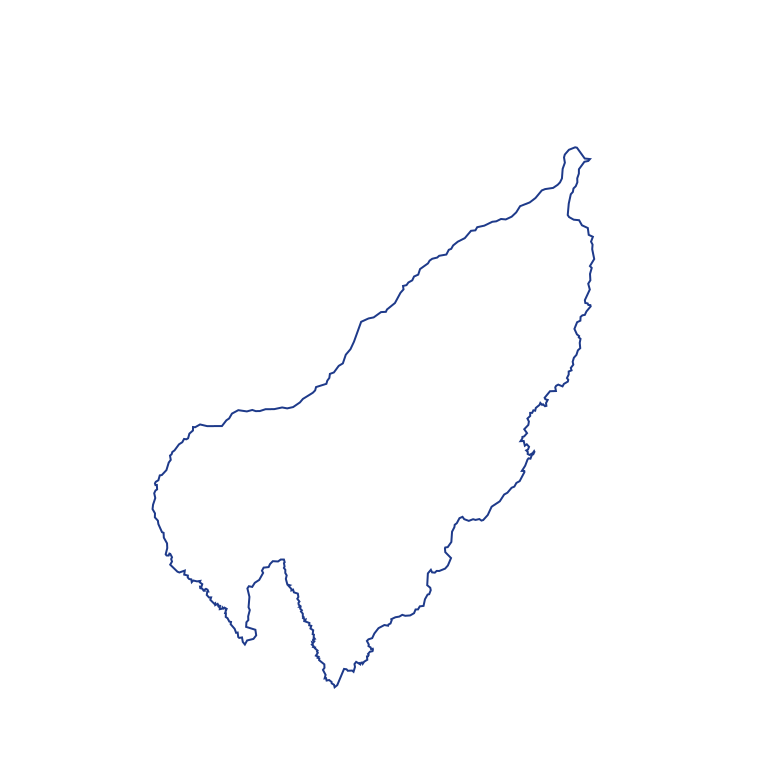 Amalfi, Antioquia, Colombia, rotated 25°
{"feature_id": "7082276B96310661388282", "entity_name": "Amalfi", "entity_type": "district", "adm_level": 2, "iso_a3": "COL", "parent_name": "Colombia", "parent_adm1": "Antioquia", "projection": "robinson", "projection_center": [-74.989, 7.02], "detail": "fine", "context": "isolated", "style": "outline", "palette": "blue", "viewbox_px": 768, "rotation_deg": 25, "n_neighbors": 0, "source": "geoboundaries", "source_scale": "gbopen_adm2", "svg_char_len": 6157}
<svg xmlns="http://www.w3.org/2000/svg" viewBox="0 0 768 768"><g transform="rotate(25 384 384)"><path d="M474.0,119.5L472.2,115.9L471.7,111.0L469.9,107.0L471.7,97.9L474.9,95.5L475.6,93.1L470.6,94.8L459.0,88.3L457.2,88.7L452.6,93.6L450.9,99.6L451.4,102.6L454.4,107.0L455.0,113.5L458.4,122.5L458.3,126.9L457.2,130.1L454.4,134.8L447.6,139.3L445.2,141.9L442.7,151.4L439.3,157.9L432.2,165.3L431.3,172.6L429.0,178.4L424.8,183.4L420.3,185.0L417.0,189.1L413.6,191.2L408.0,198.1L402.2,202.5L401.9,206.1L398.1,208.4L395.6,217.6L390.7,223.9L388.1,229.2L387.8,233.1L386.0,235.0L385.8,240.3L379.8,244.5L378.8,246.9L374.8,250.1L373.2,252.9L372.9,256.1L368.1,264.6L368.8,270.4L365.8,273.9L365.8,278.1L363.2,281.7L362.6,284.9L359.8,287.1L361.7,290.0L360.4,294.3L359.7,306.0L355.2,315.2L355.2,317.8L350.9,320.1L346.5,328.0L342.3,331.1L337.0,337.3L338.9,358.3L338.9,366.6L337.0,373.6L338.0,382.7L335.3,386.7L333.7,394.7L330.7,397.7L331.9,401.6L331.2,404.9L331.7,408.2L323.7,415.5L324.3,418.9L323.2,422.0L316.8,431.8L315.6,436.2L311.4,443.3L306.6,447.0L301.6,448.3L295.1,453.2L287.3,456.9L282.9,461.0L279.2,462.8L275.6,463.2L271.3,466.8L263.0,469.3L258.7,475.1L258.2,480.7L256.5,483.5L254.9,490.6L241.6,496.9L234.4,498.4L231.1,503.0L229.1,503.7L230.5,506.9L228.6,511.2L229.4,516.0L228.3,517.6L226.0,518.3L225.8,522.0L223.7,525.3L222.2,532.7L220.9,535.1L221.2,537.6L220.3,539.3L222.8,542.9L222.1,546.1L223.2,554.0L221.1,560.4L219.4,561.6L220.2,566.6L218.5,569.1L218.4,570.9L219.6,572.2L220.8,571.5L222.9,575.4L221.9,577.1L221.9,580.1L224.9,584.0L225.7,591.0L227.1,595.2L231.1,598.0L232.7,601.7L236.8,603.4L238.7,606.3L245.4,612.1L247.1,612.0L249.4,616.3L254.7,620.1L256.9,624.3L258.1,630.6L259.4,631.3L261.3,630.5L261.2,628.4L262.1,628.3L265.1,630.6L265.1,632.6L266.9,634.5L266.6,638.1L276.1,641.4L278.2,641.3L282.3,637.3L283.5,641.2L287.2,640.5L287.9,642.3L289.9,643.1L291.9,642.5L293.5,644.8L294.2,642.7L298.0,641.9L300.7,640.1L300.8,641.6L303.9,642.2L304.2,644.8L302.9,645.4L303.8,646.7L305.9,646.3L307.9,647.6L308.9,647.1L308.3,646.3L309.2,644.9L311.0,645.0L312.5,646.4L311.6,647.0L312.5,650.1L315.6,651.4L317.5,650.5L317.8,653.0L323.3,655.0L323.7,654.2L324.5,655.7L326.1,653.6L327.2,654.5L327.9,653.7L327.5,655.2L328.2,655.7L329.2,654.7L330.3,657.5L332.6,655.8L332.2,654.8L333.4,655.3L333.9,654.1L335.5,654.2L335.8,655.1L336.4,654.7L336.8,658.8L337.6,658.6L339.0,662.0L341.2,662.4L344.2,664.7L345.9,664.3L346.5,666.5L352.1,669.0L355.1,672.0L356.4,671.1L358.8,674.9L360.1,675.3L362.4,673.7L365.0,677.4L368.0,678.9L368.3,674.3L373.4,670.2L374.4,665.8L371.3,661.1L361.7,662.4L360.0,658.1L360.8,655.3L359.1,652.0L357.9,645.6L355.6,643.6L352.0,633.8L346.6,627.0L347.0,624.4L350.3,623.6L350.9,618.8L353.7,614.3L354.3,606.3L352.3,604.8L352.5,601.3L356.8,598.7L356.8,595.3L358.1,591.6L363.0,589.6L364.6,586.7L367.5,585.4L369.3,587.5L369.0,588.6L371.0,591.4L371.0,593.0L373.1,594.1L374.4,597.0L376.7,598.6L377.4,602.1L381.2,606.6L383.7,606.2L382.9,607.3L386.7,608.9L387.3,610.2L388.5,608.8L390.4,610.9L394.5,610.4L396.4,613.2L396.2,615.3L399.3,616.9L399.0,618.6L400.0,620.1L402.0,620.6L401.5,621.8L402.6,621.5L403.0,623.1L405.2,623.8L404.9,625.3L407.4,626.4L408.8,629.2L409.8,629.3L409.6,630.4L411.4,630.8L411.7,631.9L412.5,630.8L412.9,632.5L417.4,632.1L418.2,634.3L420.3,633.9L420.7,636.7L423.9,637.1L425.1,640.9L426.4,640.8L427.3,643.3L429.0,644.2L427.7,645.4L428.1,646.4L429.6,646.6L429.1,648.8L428.3,648.7L429.4,650.0L428.9,650.7L431.0,651.4L430.9,652.3L432.9,651.9L433.0,652.7L436.5,653.7L436.4,654.9L437.6,655.6L437.1,659.0L439.9,658.9L439.6,660.2L441.4,660.1L441.9,661.7L448.4,663.3L450.0,666.4L449.5,668.9L454.0,672.3L454.6,675.9L455.8,675.1L457.3,677.0L459.4,675.5L462.4,676.2L463.1,677.4L465.8,677.7L467.4,679.7L468.9,676.7L468.2,659.1L470.6,658.4L472.4,659.2L476.2,657.2L478.0,657.7L477.3,652.7L475.6,650.3L476.2,647.6L480.6,648.1L480.1,647.2L481.2,647.0L481.2,646.1L482.2,645.5L483.0,646.4L483.4,644.0L485.4,641.0L483.7,638.1L484.6,637.5L484.6,636.0L483.6,635.4L484.4,632.6L486.5,631.0L486.3,629.6L485.7,628.7L484.3,629.7L483.2,628.4L480.7,628.1L480.3,626.5L477.1,624.1L477.8,622.0L480.7,619.3L480.7,614.2L482.2,607.6L486.2,602.3L489.9,601.3L489.7,600.1L491.1,598.3L490.8,594.8L490.0,594.1L492.9,590.6L496.2,588.3L498.1,585.5L501.2,585.1L505.5,582.7L508.1,579.0L507.9,575.0L510.1,573.9L510.4,570.4L513.6,568.4L512.1,561.8L512.5,556.4L513.8,555.4L513.5,551.1L512.0,549.1L508.2,548.1L503.8,537.1L505.0,532.6L507.2,534.4L509.8,533.5L510.7,531.2L513.1,530.1L517.4,525.5L518.6,521.5L518.3,513.4L510.6,510.5L508.7,507.2L508.6,506.3L510.7,504.9L511.8,498.7L508.1,489.1L508.3,484.0L507.6,481.7L508.8,479.4L509.1,473.7L511.3,471.2L513.8,472.6L518.7,472.2L521.9,468.9L524.4,468.5L527.5,466.1L530.0,466.6L531.4,465.4L533.4,458.9L533.4,449.7L538.5,441.4L539.6,433.4L541.8,430.4L543.5,424.1L545.5,421.9L545.8,417.7L548.0,414.7L548.5,404.5L547.9,403.6L545.7,404.5L546.5,398.4L546.0,391.8L546.4,390.3L548.3,389.8L548.0,385.9L549.0,384.6L549.0,381.9L548.4,381.4L548.0,383.7L545.9,386.8L543.8,386.7L543.0,384.8L541.0,384.1L542.2,382.6L542.0,379.6L538.9,378.3L537.7,380.4L534.7,376.6L531.9,378.1L532.4,374.9L531.8,373.5L533.2,372.2L534.4,368.1L530.2,365.7L532.1,360.1L531.2,356.8L528.6,354.7L530.0,351.2L528.7,348.4L530.5,347.5L530.5,344.7L532.3,344.3L531.7,341.5L533.8,337.2L533.7,335.1L536.1,336.1L536.7,335.2L539.3,336.1L540.4,335.2L538.9,332.8L539.1,329.3L536.7,329.6L535.4,328.6L537.5,320.4L542.8,317.7L540.6,314.6L540.8,312.8L542.2,310.9L546.8,310.7L547.0,307.9L549.6,304.1L549.2,302.3L547.3,301.3L547.4,297.4L546.1,294.6L548.2,292.4L546.5,290.5L547.4,286.5L545.6,284.1L545.0,279.9L546.1,276.3L545.5,271.6L546.7,268.6L544.0,264.0L543.0,260.0L540.8,259.4L540.6,258.1L537.9,257.5L533.3,253.6L532.9,246.4L535.2,243.6L533.8,240.1L534.8,237.9L536.8,236.5L536.8,232.7L538.5,226.3L537.7,225.3L535.8,226.0L534.5,224.9L532.2,225.5L530.6,223.1L530.6,211.4L526.7,206.8L527.2,202.8L524.2,197.2L523.2,191.0L520.8,190.1L521.7,181.9L515.7,173.8L514.1,169.5L511.5,167.5L511.1,162.3L506.5,162.3L502.8,156.5L496.3,156.5L491.6,153.1L486.5,154.9L481.2,154.5L479.1,153.2L475.2,142.4L473.1,133.1L474.0,130.1L473.1,126.7L474.2,123.7L474.0,119.5Z" fill="none" stroke="#1e3a8a" stroke-width="2"/></g></svg>